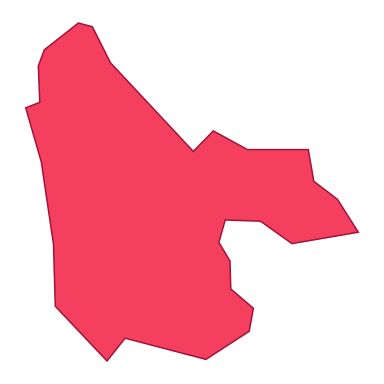 St Helens, Mercator projection
{"feature_id": "GBR-5669", "entity_name": "St Helens", "entity_type": "Metropolitan Borough", "adm_level": 1, "iso_a3": "GBR", "parent_name": "United Kingdom", "parent_adm1": "", "projection": "mercator", "projection_center": [-2.702, 53.453], "detail": "fine", "context": "isolated", "style": "filled", "palette": "rose", "viewbox_px": 384, "rotation_deg": 0, "n_neighbors": 0, "source": "natural_earth", "source_scale": "10m", "svg_char_len": 466}
<svg xmlns="http://www.w3.org/2000/svg" viewBox="0 0 384 384"><path d="M205.9,359.4L125.1,338.2L107.0,361.0L55.3,306.3L53.5,244.4L41.3,161.9L25.7,107.8L39.8,102.3L38.3,66.1L44.3,49.8L78.4,23.0L92.4,26.8L110.5,62.8L193.3,151.4L213.3,130.9L247.4,149.6L308.3,149.6L313.8,181.3L337.5,199.4L358.3,232.2L291.9,243.6L260.5,221.2L225.2,220.0L218.9,242.4L230.0,261.0L230.8,289.0L253.4,308.3L249.2,331.3L205.9,359.4Z" fill="#f43f5e" stroke="#9f1239" stroke-width="1.5"/></svg>